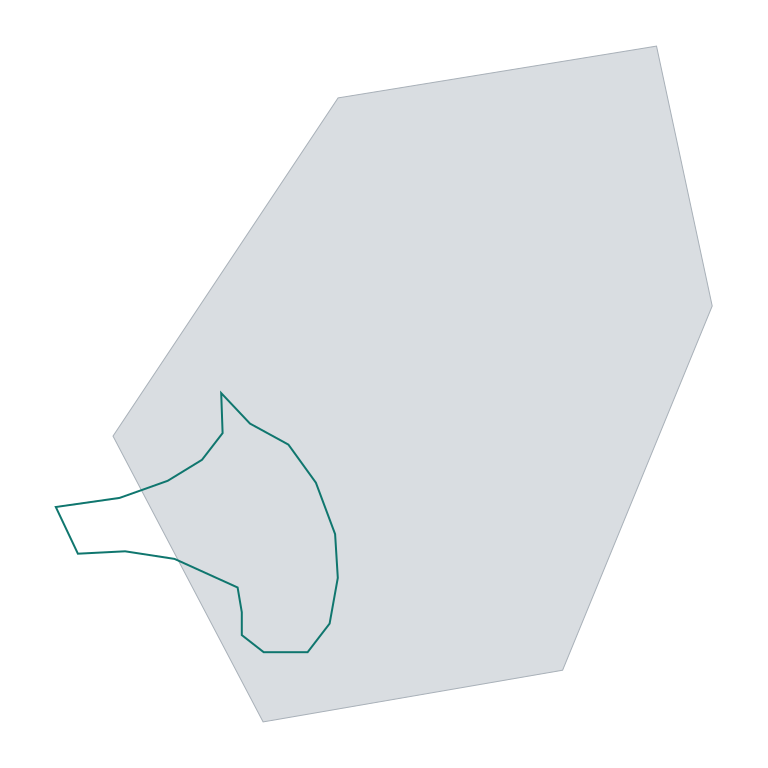 San Marino, with San Marino highlighted
{"feature_id": "SMR-4884", "entity_name": "San Marino", "entity_type": "state/province", "adm_level": 1, "iso_a3": "SMR", "parent_name": "San Marino", "parent_adm1": "", "projection": "mercator", "projection_center": [12.418, 43.922], "detail": "fine", "context": "in_parent", "style": "outline", "palette": "teal", "viewbox_px": 768, "rotation_deg": 0, "n_neighbors": 0, "source": "natural_earth", "source_scale": "10m", "svg_char_len": 520}
<svg xmlns="http://www.w3.org/2000/svg" viewBox="0 0 768 768"><path d="M562.6,670.2L263.1,721.9L113.0,436.1L338.1,97.9L656.5,46.1L712.2,306.0L562.6,670.2Z" fill="#d9dde1" stroke="#a8b0b8" stroke-width="1"/><path d="M77.9,553.7L55.8,507.0L119.6,497.9L167.7,480.8L202.0,459.8L222.6,433.1L221.2,393.1L250.0,423.6L288.4,444.6L315.9,482.7L335.1,534.1L337.8,577.9L329.6,623.6L307.6,652.2L263.7,652.2L241.8,635.1L241.8,612.2L237.6,587.5L174.5,558.9L125.1,551.3L77.9,553.7Z" fill="none" stroke="#0f766e" stroke-width="2"/></svg>